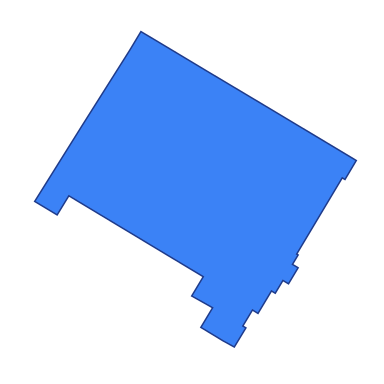 Hill, Montana, United States of America, rotated 31°
{"feature_id": "52423323B64046632400523", "entity_name": "Hill", "entity_type": "district", "adm_level": 2, "iso_a3": "USA", "parent_name": "United States of America", "parent_adm1": "Montana", "projection": "equal_earth", "projection_center": [-109.883, 48.566], "detail": "fine", "context": "isolated", "style": "filled", "palette": "blue", "viewbox_px": 384, "rotation_deg": 31, "n_neighbors": 0, "source": "geoboundaries", "source_scale": "gbopen_adm2", "svg_char_len": 610}
<svg xmlns="http://www.w3.org/2000/svg" viewBox="0 0 384 384"><g transform="rotate(31 192 192)"><path d="M316.6,80.4L280.4,80.4L208.1,80.5L141.6,80.7L118.5,80.7L108.1,80.7L98.9,80.7L65.6,80.8L65.6,102.4L63.6,191.7L62.0,281.1L88.2,281.1L88.4,258.7L201.6,258.8L211.4,258.8L245.3,258.8L245.3,281.3L269.3,280.6L269.3,299.8L269.3,303.5L295.3,303.6L308.1,303.1L308.2,280.7L304.6,280.7L304.6,262.0L311.1,262.1L311.1,235.9L315.5,235.9L315.5,221.0L322.0,221.0L322.0,202.3L315.4,202.3L315.4,192.6L315.4,191.3L313.7,191.3L313.5,102.5L316.7,102.5L316.6,80.4Z" fill="#3b82f6" stroke="#1e3a8a" stroke-width="1.5"/></g></svg>